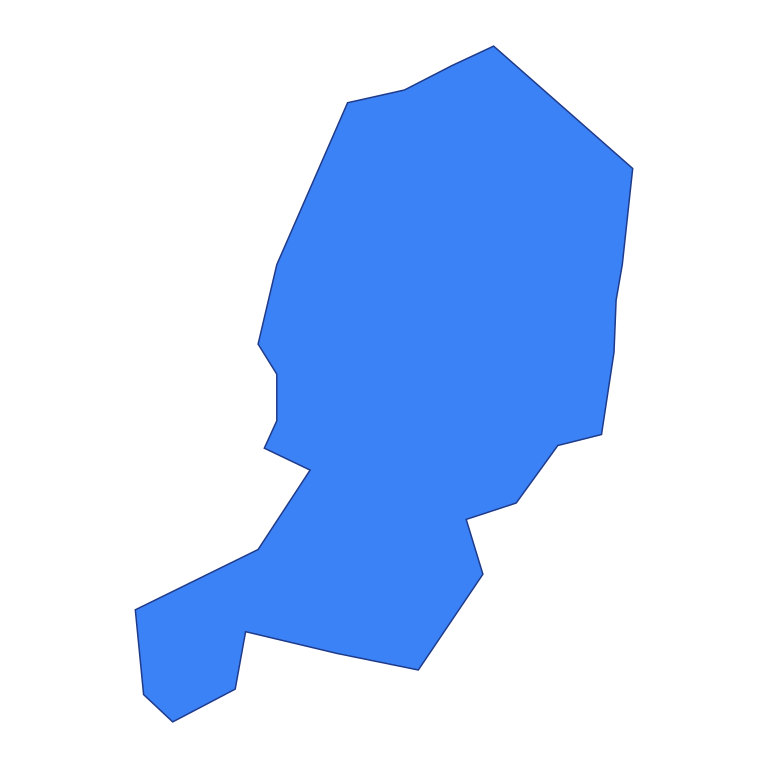 outline of Devoll, Korçë, Albania
{"feature_id": "67620474B41402008781007", "entity_name": "Devoll", "entity_type": "district", "adm_level": 2, "iso_a3": "ALB", "parent_name": "Albania", "parent_adm1": "Korçë", "projection": "mercator", "projection_center": [20.941, 40.579], "detail": "fine", "context": "isolated", "style": "filled", "palette": "blue", "viewbox_px": 768, "rotation_deg": 0, "n_neighbors": 0, "source": "geoboundaries", "source_scale": "gbopen_adm2", "svg_char_len": 465}
<svg xmlns="http://www.w3.org/2000/svg" viewBox="0 0 768 768"><path d="M135.3,609.8L143.6,694.6L172.7,721.9L235.2,689.1L245.6,631.7L337.2,653.5L418.3,670.0L482.9,574.2L466.2,519.4L516.2,503.0L557.8,445.5L601.5,434.5L614.0,352.3L616.1,300.2L622.3,264.6L632.7,168.5L493.6,46.1L452.3,65.4L404.4,90.0L347.6,102.7L276.8,264.6L258.1,344.1L276.8,374.2L276.8,420.8L264.3,448.2L310.1,470.1L258.1,549.5L135.3,609.8Z" fill="#3b82f6" stroke="#1e3a8a" stroke-width="1.5"/></svg>